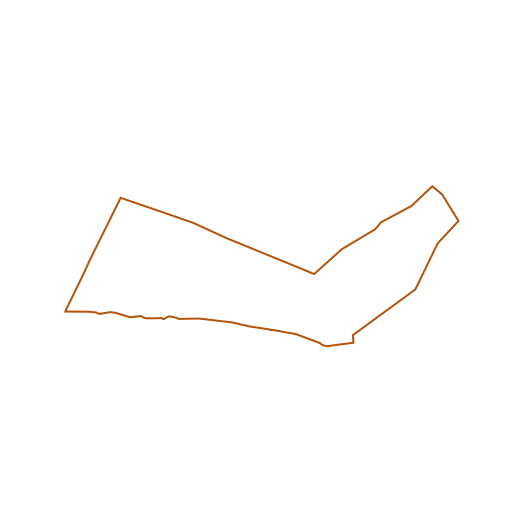 map outline of Shabeellaha Hoose (Equal Earth projection), rotated 53°
{"feature_id": "SOM-2316", "entity_name": "Shabeellaha Hoose", "entity_type": "Region", "adm_level": 1, "iso_a3": "SOM", "parent_name": "Somalia", "parent_adm1": "", "projection": "equal_earth", "projection_center": [44.342, 1.971], "detail": "fine", "context": "isolated", "style": "outline", "palette": "amber", "viewbox_px": 512, "rotation_deg": 53, "n_neighbors": 0, "source": "natural_earth", "source_scale": "10m", "svg_char_len": 822}
<svg xmlns="http://www.w3.org/2000/svg" viewBox="0 0 512 512"><g transform="rotate(53 256 256)"><path d="M370.8,253.6L367.2,256.5L364.9,257.1L363.7,257.6L342.7,270.9L324.6,287.6L323.8,289.0L322.6,289.6L308.2,303.7L294.8,314.9L271.7,339.1L259.9,355.4L257.4,356.8L253.1,360.4L251.8,362.0L251.5,363.2L251.2,364.6L251.0,367.4L250.6,368.0L248.6,368.8L248.1,369.3L247.4,370.8L239.9,380.9L237.7,382.8L235.4,383.6L234.1,385.0L229.2,393.4L217.2,402.1L213.2,406.0L208.2,415.6L206.4,417.0L204.9,417.6L200.2,422.7L185.6,441.7L185.2,441.2L167.4,406.3L158.9,390.5L128.1,329.1L164.2,304.7L191.8,286.2L223.6,269.0L305.4,220.4L302.2,183.2L306.4,144.6L304.3,136.0L309.6,101.7L306.4,73.2L319.1,70.3L349.9,73.2L355.2,103.2L378.6,148.9L377.5,226.1L383.9,230.4L370.8,253.5L370.8,253.6Z" fill="none" stroke="#b45309" stroke-width="2"/></g></svg>